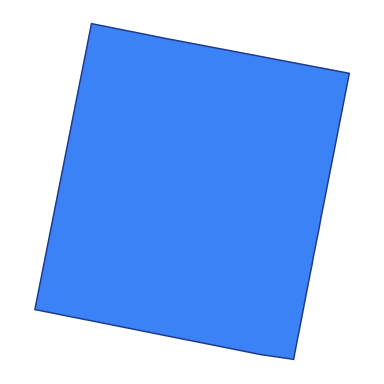 Moody, South Dakota, United States of America, rotated 11°
{"feature_id": "52423323B47185171821034", "entity_name": "Moody", "entity_type": "district", "adm_level": 2, "iso_a3": "USA", "parent_name": "United States of America", "parent_adm1": "South Dakota", "projection": "albers", "projection_center": [-96.52, 44.022], "detail": "fine", "context": "isolated", "style": "filled", "palette": "blue", "viewbox_px": 384, "rotation_deg": 11, "n_neighbors": 0, "source": "geoboundaries", "source_scale": "gbopen_adm2", "svg_char_len": 451}
<svg xmlns="http://www.w3.org/2000/svg" viewBox="0 0 384 384"><g transform="rotate(11 192 192)"><path d="M61.2,45.9L60.2,337.4L290.5,338.5L323.7,336.9L323.6,313.8L323.7,312.5L323.7,312.4L323.6,253.3L323.6,251.9L323.7,238.7L323.6,238.2L323.5,229.0L323.6,227.2L323.6,216.6L323.6,215.0L323.7,204.8L323.7,203.2L323.5,190.7L323.5,189.3L323.6,180.0L323.6,178.4L323.8,45.5L134.8,46.3L61.2,45.9Z" fill="#3b82f6" stroke="#1e3a8a" stroke-width="1.5"/></g></svg>